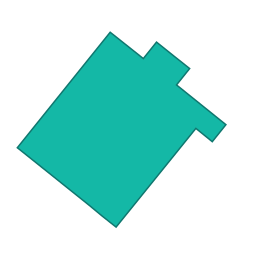 outline of Van Wert, Ohio, United States of America, rotated 309°
{"feature_id": "52423323B68690141030407", "entity_name": "Van Wert", "entity_type": "district", "adm_level": 2, "iso_a3": "USA", "parent_name": "United States of America", "parent_adm1": "Ohio", "projection": "mercator", "projection_center": [-84.608, 40.838], "detail": "fine", "context": "isolated", "style": "filled", "palette": "teal", "viewbox_px": 256, "rotation_deg": 309, "n_neighbors": 0, "source": "geoboundaries", "source_scale": "gbopen_adm2", "svg_char_len": 360}
<svg xmlns="http://www.w3.org/2000/svg" viewBox="0 0 256 256"><g transform="rotate(309 128 128)"><path d="M43.0,54.4L43.0,54.5L43.2,86.9L43.5,146.0L43.3,163.0L43.4,174.3L43.5,181.1L170.4,181.0L170.4,202.1L192.2,202.0L192.0,138.6L213.0,138.5L212.8,117.7L212.7,96.1L191.6,96.2L191.2,53.9L43.0,54.4Z" fill="#14b8a6" stroke="#0f766e" stroke-width="1.5"/></g></svg>